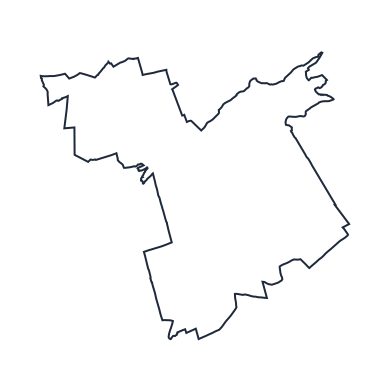 the district of Blandesti, Botosani, Romania, rotated 274°
{"feature_id": "2599482B7385527866395", "entity_name": "Blandesti", "entity_type": "district", "adm_level": 2, "iso_a3": "ROU", "parent_name": "Romania", "parent_adm1": "Botosani", "projection": "albers", "projection_center": [26.9, 47.712], "detail": "fine", "context": "isolated", "style": "outline", "palette": "slate", "viewbox_px": 384, "rotation_deg": 274, "n_neighbors": 0, "source": "geoboundaries", "source_scale": "gbopen_adm2", "svg_char_len": 6036}
<svg xmlns="http://www.w3.org/2000/svg" viewBox="0 0 384 384"><g transform="rotate(274 192 192)"><path d="M171.0,351.0L189.1,335.3L189.3,336.0L227.6,309.4L228.3,309.1L233.0,305.9L235.2,303.6L237.0,302.6L252.9,291.6L253.7,290.5L254.5,290.0L256.0,288.9L257.9,287.9L258.7,287.0L259.7,286.5L260.0,287.2L260.6,287.4L261.8,287.0L262.6,287.2L263.4,287.1L264.9,284.7L265.3,283.7L265.4,281.8L265.6,281.0L268.2,280.4L270.7,280.8L271.9,281.3L273.7,282.6L274.1,283.5L274.1,289.5L274.3,290.9L275.3,294.5L275.3,296.2L275.1,297.7L275.4,299.0L276.9,299.9L277.5,300.1L279.7,299.8L280.5,300.0L283.7,303.9L284.4,304.4L289.3,311.8L290.2,312.5L291.0,314.2L291.7,316.7L292.0,320.5L292.2,322.3L293.7,325.7L294.1,326.5L294.4,326.8L294.6,326.7L295.3,325.8L296.3,324.2L297.2,322.3L297.6,320.5L298.1,320.2L298.2,319.9L298.3,316.9L298.2,316.4L297.9,316.1L298.1,315.6L298.0,315.2L298.4,314.7L298.2,314.2L297.8,313.9L298.1,313.4L298.4,312.9L298.4,312.4L298.2,312.1L298.2,311.7L299.8,309.7L300.9,308.5L302.0,307.8L302.6,307.5L303.0,307.5L303.9,308.2L304.0,308.8L305.2,310.5L305.1,311.0L304.5,311.9L304.6,312.3L305.1,313.2L305.9,314.1L306.8,314.8L307.7,315.0L308.9,316.9L309.9,317.6L310.7,317.8L311.2,317.7L312.1,317.7L313.1,318.8L317.7,313.6L315.9,309.7L314.2,303.6L314.3,303.0L312.0,301.2L311.6,300.7L312.4,299.7L313.9,298.5L314.6,298.2L316.8,297.6L320.0,297.2L322.0,300.0L323.5,299.0L325.2,300.3L329.2,306.1L329.9,306.9L334.7,309.8L339.9,312.3L340.3,311.2L337.8,308.6L337.4,308.5L336.1,308.4L335.6,307.8L335.1,305.9L333.8,303.4L333.0,302.5L329.4,299.2L326.4,295.2L325.9,294.4L325.8,293.9L325.9,292.7L325.8,292.3L325.1,290.9L324.6,289.1L321.9,285.3L321.2,284.5L318.1,282.3L312.3,276.8L309.2,275.7L308.8,274.1L308.8,273.6L307.5,271.0L306.5,269.6L305.7,268.0L305.4,266.8L305.1,266.2L304.8,264.8L305.0,263.6L304.6,262.8L304.7,261.9L305.7,259.5L305.8,258.7L305.6,257.6L305.4,253.7L306.5,250.5L307.6,248.7L308.3,248.6L309.8,247.6L309.4,245.8L309.5,245.3L307.8,243.3L306.4,242.1L303.8,241.6L301.8,241.8L301.1,241.5L300.1,240.8L299.4,239.7L296.3,236.8L295.8,235.5L295.6,233.9L294.9,232.3L293.5,230.7L292.4,229.6L291.5,229.7L288.6,226.4L286.2,223.9L283.2,218.9L281.6,217.1L278.7,215.7L276.5,213.9L275.8,213.0L273.3,213.4L272.1,213.1L265.7,207.5L263.7,204.9L263.1,203.6L261.9,202.2L258.2,200.4L256.8,199.5L254.0,196.9L262.9,186.3L263.0,185.4L262.5,183.9L261.5,182.0L268.4,178.9L267.8,177.8L267.6,176.9L292.7,165.4L293.1,165.0L296.1,168.7L297.8,170.6L299.3,169.6L299.9,168.8L299.9,168.5L298.4,165.2L297.9,164.0L298.0,162.9L310.2,158.2L312.1,157.9L309.7,149.5L308.2,145.3L306.4,138.2L305.3,134.6L307.5,134.0L322.0,128.7L321.8,128.0L321.4,127.4L321.2,126.7L321.1,125.2L320.6,124.7L320.5,124.3L320.8,123.5L320.6,123.0L320.9,119.5L320.7,118.9L318.2,116.1L316.6,113.1L316.1,111.5L311.5,104.9L314.7,102.3L314.3,101.3L316.1,99.5L315.2,99.3L312.4,96.9L311.3,96.2L310.1,95.7L309.2,94.7L305.5,92.2L304.0,91.0L303.1,90.4L302.9,90.5L302.3,90.2L301.7,89.0L299.6,87.5L299.4,87.2L301.5,78.7L302.7,72.9L302.8,71.8L300.7,69.3L298.8,66.3L296.6,61.6L301.1,57.1L299.4,51.8L298.0,46.2L297.6,40.7L297.4,40.2L297.4,38.8L297.2,37.8L297.1,34.3L297.3,33.0L296.7,33.1L295.9,33.5L295.2,33.4L294.6,34.4L293.3,34.3L288.5,36.8L287.0,36.4L285.5,38.3L284.4,39.5L282.5,40.8L280.6,41.2L279.8,41.1L268.6,42.7L271.1,47.1L273.8,50.4L273.9,51.4L273.6,51.9L273.7,52.6L274.7,53.9L275.9,56.0L276.5,55.9L277.7,59.1L279.0,61.4L265.7,61.2L246.6,60.2L248.2,70.2L220.9,72.3L214.8,86.3L217.3,88.5L217.1,90.1L217.2,91.3L217.7,93.4L217.3,93.9L223.1,108.9L225.4,113.9L219.7,115.7L219.1,115.6L218.5,115.8L217.0,117.3L215.1,120.2L214.4,121.0L211.4,122.4L211.6,124.8L212.0,126.3L212.2,127.9L212.8,129.7L213.1,131.0L213.6,132.3L213.6,132.8L213.4,133.2L213.5,133.8L214.4,135.3L215.6,136.2L215.8,136.9L215.7,137.4L216.6,138.9L216.7,139.8L215.2,141.9L212.2,136.3L211.9,136.0L210.4,137.3L209.8,137.1L209.5,137.3L209.2,137.8L209.8,139.0L209.8,139.9L210.2,140.8L211.5,143.1L212.5,144.5L213.4,145.4L212.9,145.9L212.5,146.0L210.6,144.5L209.4,143.7L208.9,143.8L207.9,143.0L206.8,142.7L206.2,142.3L205.7,142.1L205.2,142.1L204.9,141.8L204.1,141.2L203.8,141.3L203.4,141.7L203.3,141.3L203.0,141.0L201.9,140.3L200.0,140.3L199.7,140.5L199.9,141.1L199.2,141.9L198.3,142.3L197.7,142.3L197.0,142.5L196.9,142.8L197.3,143.3L197.8,143.7L199.3,144.3L200.7,145.8L201.9,146.4L205.2,149.7L207.2,151.1L207.8,151.7L199.0,154.6L195.7,155.5L194.9,156.0L194.3,156.1L192.3,156.9L186.2,158.6L184.1,159.9L177.9,162.0L174.3,163.4L173.2,163.7L171.7,164.4L162.0,167.8L160.2,168.6L159.5,169.2L158.8,169.2L152.0,171.3L140.3,175.3L136.7,167.8L135.4,164.8L130.7,152.4L128.9,148.2L124.7,149.7L113.1,153.4L112.0,153.8L111.2,154.4L105.7,156.2L103.8,156.7L103.1,156.4L102.2,156.9L101.3,157.1L98.9,158.1L98.9,158.5L98.6,158.6L98.2,158.6L96.0,159.3L88.6,162.1L83.2,163.7L73.1,167.4L67.6,169.2L62.0,171.4L62.3,173.3L62.5,179.4L62.0,181.9L60.6,181.8L55.3,180.6L52.9,179.9L49.0,179.0L48.7,179.1L47.9,178.9L45.8,178.8L45.1,179.0L44.3,179.6L44.2,180.1L43.7,180.7L43.9,181.2L45.1,181.8L46.9,183.0L47.2,183.4L47.2,185.2L48.0,185.9L48.3,186.6L49.3,187.0L49.6,186.9L50.3,187.4L50.9,187.2L53.4,192.1L54.6,194.7L51.0,196.2L55.9,205.3L45.8,208.9L49.7,216.4L51.0,218.7L52.4,221.4L54.9,225.6L56.5,228.8L59.5,231.2L64.9,234.5L71.5,239.4L77.5,243.1L80.0,244.4L82.7,243.8L84.3,243.7L89.3,242.4L93.3,241.9L93.5,242.9L93.5,244.0L92.9,250.0L93.4,251.3L93.4,253.1L93.1,254.5L93.0,255.5L92.5,257.3L92.0,260.0L92.0,263.0L91.6,265.7L91.7,267.7L91.5,272.1L91.5,274.1L107.4,268.6L107.4,269.0L107.3,270.6L106.1,272.9L105.4,274.9L105.1,278.2L107.5,284.1L110.0,287.5L110.6,287.9L111.4,288.2L113.2,287.7L115.0,286.7L117.3,285.9L119.9,285.4L122.4,284.8L123.8,284.7L124.3,285.3L125.5,287.0L126.3,288.5L127.5,291.1L128.8,293.4L130.7,296.2L131.8,298.3L131.9,302.3L132.1,303.4L132.5,304.9L128.2,310.0L124.7,313.8L124.3,314.3L124.4,314.5L125.6,315.5L131.3,321.3L133.2,323.0L135.8,326.0L138.1,328.1L139.7,329.3L142.0,331.5L144.9,334.6L152.3,341.8L153.9,343.5L155.7,346.0L157.2,347.9L159.3,350.1L160.2,350.6L160.7,350.4L165.7,346.4L167.2,344.8L171.0,351.0Z" fill="none" stroke="#1e293b" stroke-width="2"/></g></svg>